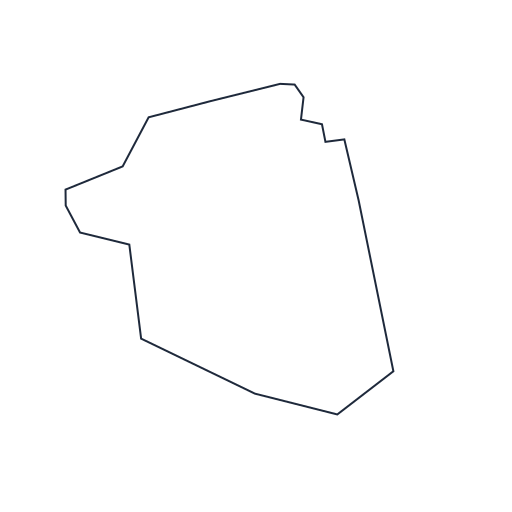 the district of Água Nova, Rio Grande do Norte, Brazil, rotated 232°
{"feature_id": "56859067B45321497096345", "entity_name": "Água Nova", "entity_type": "district", "adm_level": 2, "iso_a3": "BRA", "parent_name": "Brazil", "parent_adm1": "Rio Grande do Norte", "projection": "natural_earth1", "projection_center": [-38.295, -6.209], "detail": "fine", "context": "isolated", "style": "outline", "palette": "slate", "viewbox_px": 512, "rotation_deg": 232, "n_neighbors": 0, "source": "geoboundaries", "source_scale": "gbopen_adm2", "svg_char_len": 404}
<svg xmlns="http://www.w3.org/2000/svg" viewBox="0 0 512 512"><g transform="rotate(232 256 256)"><path d="M382.8,131.8L343.0,163.2L261.6,114.6L148.2,170.4L81.1,222.5L80.6,293.3L236.6,371.1L293.5,397.4L303.2,381.0L319.2,389.1L335.8,375.4L351.8,391.2L367.3,392.0L376.8,381.0L406.0,315.6L431.4,256.8L408.7,206.1L425.6,146.8L412.9,137.1L382.8,131.8Z" fill="none" stroke="#1e293b" stroke-width="2"/></g></svg>